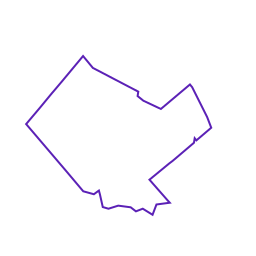 the district of Carroll, Georgia, United States of America, rotated 49°
{"feature_id": "52423323B2096739149856", "entity_name": "Carroll", "entity_type": "district", "adm_level": 2, "iso_a3": "USA", "parent_name": "United States of America", "parent_adm1": "Georgia", "projection": "natural_earth1", "projection_center": [-85.033, 33.619], "detail": "fine", "context": "isolated", "style": "outline", "palette": "violet", "viewbox_px": 256, "rotation_deg": 49, "n_neighbors": 0, "source": "geoboundaries", "source_scale": "gbopen_adm2", "svg_char_len": 636}
<svg xmlns="http://www.w3.org/2000/svg" viewBox="0 0 256 256"><g transform="rotate(49 128 128)"><path d="M44.2,114.7L48.8,143.0L49.2,145.4L51.5,160.3L51.8,162.5L54.9,181.0L58.2,202.3L119.9,202.9L146.4,203.3L155.6,197.2L156.1,191.0L159.6,192.7L171.1,198.9L176.1,195.7L180.2,186.3L189.6,178.0L196.1,176.7L198.6,169.8L209.6,166.4L204.4,156.7L211.8,145.5L207.8,145.6L205.1,145.6L187.1,145.7L181.1,145.7L181.8,120.2L182.1,115.9L182.4,87.9L179.5,84.4L182.2,84.5L182.4,65.0L171.7,61.1L139.3,52.8L135.8,52.7L135.6,65.3L135.2,90.7L117.5,98.5L110.2,99.8L107.3,96.4L59.6,115.1L44.2,114.7Z" fill="none" stroke="#5b21b6" stroke-width="2"/></g></svg>